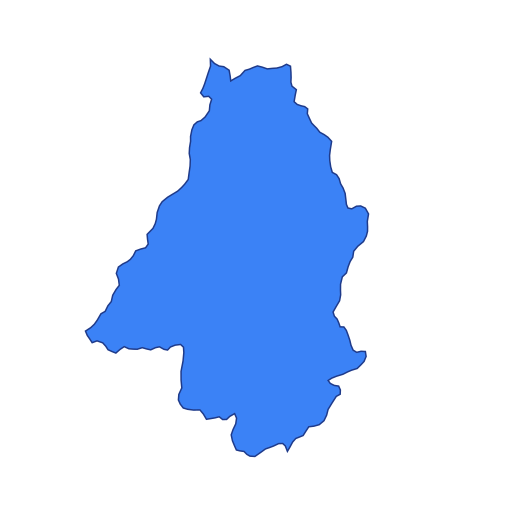 Monte Belo, Minas Gerais, Brazil (Equal Earth projection), rotated 19°
{"feature_id": "56859067B81338471548268", "entity_name": "Monte Belo", "entity_type": "district", "adm_level": 2, "iso_a3": "BRA", "parent_name": "Brazil", "parent_adm1": "Minas Gerais", "projection": "equal_earth", "projection_center": [-46.327, -21.306], "detail": "fine", "context": "isolated", "style": "filled", "palette": "blue", "viewbox_px": 512, "rotation_deg": 19, "n_neighbors": 0, "source": "geoboundaries", "source_scale": "gbopen_adm2", "svg_char_len": 3077}
<svg xmlns="http://www.w3.org/2000/svg" viewBox="0 0 512 512"><g transform="rotate(19 256 256)"><path d="M226.8,65.3L222.4,64.8L219.0,68.5L214.4,71.6L210.5,73.2L205.8,75.4L200.5,75.4L195.5,75.8L192.2,78.5L188.9,81.5L185.2,84.1L182.4,90.6L178.6,94.6L175.1,98.7L173.0,94.3L170.1,89.1L163.9,87.5L159.3,88.4L154.1,87.5L148.8,84.9L151.2,91.3L151.2,98.5L151.3,103.9L151.4,110.1L151.2,114.9L150.5,119.8L154.8,122.5L159.3,120.4L163.0,122.2L163.2,128.1L164.6,133.9L162.6,141.2L159.9,145.9L156.8,148.3L154.6,152.2L154.3,157.6L155.2,164.3L156.8,168.8L157.9,175.2L159.5,180.8L162.5,186.2L164.4,192.5L165.7,199.3L167.0,205.7L165.2,211.3L163.4,215.4L160.8,220.2L156.7,225.1L153.3,229.2L149.6,235.2L148.4,240.0L148.4,247.0L149.9,253.7L150.2,258.2L149.6,263.4L147.9,267.0L146.0,271.0L148.0,275.5L150.2,279.8L148.9,284.2L144.8,286.9L140.6,290.3L139.9,295.7L138.3,300.1L136.1,303.4L132.6,306.9L129.5,311.2L129.6,317.9L133.5,322.6L136.3,328.2L134.6,333.2L133.3,339.7L134.0,346.2L132.2,351.2L131.4,357.5L128.2,361.1L126.8,368.3L125.4,373.1L123.1,377.5L119.2,382.5L122.4,386.1L125.7,388.5L129.3,391.3L133.3,388.0L139.3,388.0L143.3,390.2L146.6,392.8L150.9,393.2L155.1,393.4L157.9,388.5L160.9,384.6L166.1,385.1L170.3,384.0L174.1,382.8L178.3,379.7L182.6,379.5L187.0,379.0L190.8,375.4L194.3,373.3L199.4,374.2L203.0,373.7L204.7,369.9L208.6,366.6L213.5,364.2L217.1,365.8L219.2,370.8L221.2,379.0L222.7,389.5L225.6,397.8L228.8,404.9L228.1,412.0L229.5,417.4L232.7,420.8L236.7,423.4L241.2,423.2L247.1,422.0L253.1,419.8L257.6,422.5L262.3,426.5L266.8,424.1L269.9,422.4L273.6,420.0L277.7,421.5L281.4,420.1L283.4,416.2L287.1,412.0L290.4,415.6L291.5,421.3L290.8,427.7L290.8,433.2L293.9,438.4L297.7,442.7L300.6,445.8L304.1,445.5L308.3,444.7L311.9,446.5L315.4,447.2L320.2,445.9L324.5,440.0L327.8,435.3L330.9,432.9L334.4,430.0L338.5,426.0L342.3,424.6L345.5,426.0L349.3,430.5L350.3,425.5L351.2,420.0L353.0,415.6L355.8,413.2L359.0,410.4L360.2,405.4L361.5,400.3L366.2,398.0L370.7,394.9L373.9,389.6L374.6,383.5L374.1,377.6L375.7,370.4L377.6,362.6L380.6,359.3L379.4,355.2L376.5,352.1L372.1,352.9L367.7,352.3L364.7,350.2L367.3,346.9L371.2,343.5L376.7,339.5L380.4,335.7L383.5,332.9L388.3,329.4L390.9,324.1L392.5,320.5L392.8,315.1L390.5,310.7L386.3,311.9L382.6,314.3L378.5,313.4L374.9,309.5L372.1,305.1L368.8,300.8L365.6,296.9L362.2,294.5L358.6,295.6L356.2,292.5L353.2,289.2L349.7,287.4L347.1,283.9L348.2,278.0L349.6,271.1L348.7,265.2L347.0,260.8L345.1,255.1L344.4,247.6L347.0,242.6L346.6,236.1L346.8,230.6L347.9,225.6L346.8,219.7L349.1,213.6L352.9,207.4L353.8,201.2L353.4,196.3L352.0,192.1L350.0,187.1L348.7,179.6L343.8,175.2L338.7,174.6L334.8,176.2L331.2,180.2L327.3,180.7L324.7,177.8L322.6,173.4L319.9,167.8L316.2,163.4L312.5,160.2L309.4,155.8L305.7,152.9L300.9,152.1L297.6,147.4L294.7,141.8L292.8,136.9L291.6,131.2L290.2,123.0L285.3,120.3L281.1,119.1L276.0,118.2L271.9,115.5L268.6,113.9L265.3,112.2L261.8,108.6L258.2,104.8L257.0,100.1L253.4,98.9L249.7,99.3L245.6,99.3L241.8,97.7L240.7,91.1L240.0,85.6L234.7,83.7L232.4,80.3L231.1,75.9L229.3,71.1L226.8,65.3Z" fill="#3b82f6" stroke="#1e3a8a" stroke-width="1.5"/></g></svg>